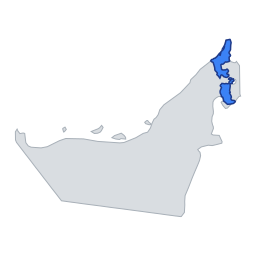 where Ras Al Khaymah sits in United Arab Emirates
{"feature_id": "ARE-338", "entity_name": "Ras Al Khaymah", "entity_type": "Emirate", "adm_level": 1, "iso_a3": "ARE", "parent_name": "United Arab Emirates", "parent_adm1": "", "projection": "mercator", "projection_center": [56.062, 25.448], "detail": "fine", "context": "in_parent", "style": "filled", "palette": "blue", "viewbox_px": 256, "rotation_deg": 0, "n_neighbors": 0, "source": "natural_earth", "source_scale": "10m", "svg_char_len": 5196}
<svg xmlns="http://www.w3.org/2000/svg" viewBox="0 0 256 256"><path d="M236.4,61.4L239.5,65.6L239.9,94.1L240.6,96.1L239.0,96.5L237.2,98.6L235.0,101.9L232.1,103.7L229.7,105.6L227.5,108.0L225.5,108.5L222.9,105.5L221.1,102.3L221.6,101.7L222.8,101.4L223.3,99.8L222.5,97.5L220.8,96.6L218.6,96.5L216.5,97.6L214.2,99.6L213.0,101.9L212.8,106.3L213.4,111.4L213.3,113.8L212.1,116.8L211.7,121.3L212.5,124.7L213.3,126.8L213.4,128.5L211.3,134.0L213.1,135.0L219.2,135.4L220.9,139.1L222.1,141.7L221.8,143.2L217.6,144.3L212.2,145.6L208.3,145.2L201.4,146.9L197.7,149.5L198.8,151.1L200.0,152.3L200.6,155.7L199.5,160.5L197.6,165.2L195.1,171.0L192.3,177.7L188.4,187.8L185.1,195.6L184.7,201.3L184.8,205.0L184.4,212.4L181.3,216.5L180.6,216.6L176.9,216.1L175.7,216.0L172.1,215.5L166.6,214.8L159.5,213.8L151.1,212.7L141.6,211.4L131.6,210.1L121.2,208.7L110.8,207.4L100.7,206.0L91.3,204.8L82.8,203.7L75.7,202.7L70.2,202.0L66.7,201.5L65.4,201.3L61.5,200.8L59.4,198.1L56.8,194.7L54.2,191.4L51.6,188.1L49.1,184.8L46.5,181.4L43.9,178.1L41.4,174.8L38.8,171.4L36.2,168.1L33.6,164.7L31.1,161.4L28.5,158.0L25.9,154.7L23.4,151.4L20.8,148.0L18.2,144.6L16.5,142.4L15.5,139.9L15.4,133.2L15.4,131.8L17.1,129.1L17.9,131.0L19.9,133.6L23.1,133.0L24.7,133.4L25.8,142.6L28.2,145.9L31.1,147.2L41.1,147.9L47.3,146.7L59.4,140.7L65.8,138.5L83.5,138.9L97.7,141.4L119.8,142.9L124.0,142.5L135.9,137.7L143.2,133.4L147.6,132.2L150.4,128.1L152.3,122.7L154.0,119.2L156.2,117.5L158.2,114.6L159.8,109.7L163.9,104.8L180.3,92.9L189.9,82.8L190.8,79.6L196.0,74.7L200.2,69.3L219.8,54.0L223.7,47.7L226.0,40.5L226.3,40.0L228.0,39.7L230.3,40.8L230.6,46.1L229.7,51.2L229.6,56.5L229.3,59.4L231.1,61.7L234.2,62.7L235.5,62.6L236.4,61.4ZM235.7,82.9L236.0,80.7L235.5,79.5L233.5,79.4L232.6,81.3L232.3,84.1L233.7,84.3L235.7,82.9ZM125.6,137.4L125.7,139.1L120.9,138.6L119.6,139.5L115.7,139.0L111.9,137.7L114.5,135.6L121.3,133.2L124.1,135.4L125.6,137.4ZM97.8,133.2L94.4,133.5L91.2,131.5L97.8,128.9L99.6,127.8L101.6,125.4L103.1,127.4L101.4,130.7L100.2,132.1L97.8,133.2ZM150.8,123.7L150.4,124.7L149.0,124.7L145.7,123.7L144.7,122.3L146.7,120.6L147.6,120.5L149.0,122.3L150.8,123.7ZM64.4,131.7L63.6,132.0L62.8,129.3L62.8,128.4L65.0,127.1L66.3,129.4L64.4,131.7Z" fill="#d9dde1" stroke="#a8b0b8" stroke-width="1"/><path d="M229.6,39.4L230.1,39.5L230.8,41.5L231.1,42.5L231.0,43.5L230.7,45.0L230.5,49.7L230.2,50.4L229.3,51.7L229.0,52.5L229.2,53.4L230.3,54.8L230.5,55.5L230.2,56.2L229.6,56.6L229.1,57.2L229.1,58.1L229.3,60.4L229.6,61.0L229.0,61.5L227.1,62.0L226.4,62.1L226.0,62.0L225.7,61.9L225.5,62.0L225.2,62.1L224.7,62.6L223.5,63.8L223.0,64.1L222.6,64.2L222.3,64.2L222.0,64.2L221.5,64.2L221.1,64.5L220.9,64.9L220.9,65.3L221.1,66.3L221.1,66.7L221.5,68.4L221.6,69.3L221.7,69.5L221.8,69.6L222.0,69.7L222.4,69.8L222.6,69.8L222.9,70.0L223.0,70.0L224.5,69.9L225.5,69.9L225.8,69.8L226.0,69.7L226.7,69.2L226.8,69.2L227.0,69.1L227.3,69.2L227.6,69.4L228.2,70.3L228.4,70.6L228.5,71.0L228.4,71.5L228.1,71.9L227.0,73.2L226.8,73.4L226.8,73.5L227.0,73.8L227.1,74.1L227.3,74.3L227.6,74.4L227.9,74.4L228.3,74.3L228.6,74.4L228.8,74.8L228.9,75.8L228.7,76.2L228.5,76.4L228.3,76.4L228.0,76.5L227.7,76.9L227.4,77.1L227.0,77.3L226.6,77.4L226.1,77.4L223.8,76.7L223.5,76.5L223.3,76.2L223.1,75.9L222.9,75.7L222.6,75.4L221.6,74.9L221.3,75.0L220.9,75.2L220.7,75.7L220.5,76.9L219.9,78.2L219.1,77.1L218.2,75.9L216.9,74.7L216.9,74.3L217.0,73.9L217.3,73.5L217.3,73.0L217.0,72.5L215.2,70.6L214.9,70.0L214.8,69.5L214.8,69.3L214.8,68.8L214.7,68.0L214.5,66.9L213.2,62.7L213.0,62.3L212.6,62.1L212.2,62.0L211.8,61.9L210.7,60.9L211.3,59.9L211.8,59.5L212.2,59.5L212.8,59.3L213.3,59.0L213.5,58.7L213.8,58.5L215.1,58.2L216.8,56.8L219.3,53.5L220.6,52.4L220.3,52.9L220.0,54.0L219.6,54.9L219.8,55.2L220.1,55.3L220.3,55.1L220.4,54.3L220.8,52.9L220.9,51.9L221.2,51.5L223.2,49.6L223.6,49.0L223.9,48.4L224.2,47.7L224.4,46.7L224.1,46.7L223.9,47.2L223.7,47.6L223.3,47.9L222.9,48.1L224.1,46.1L225.1,43.9L225.9,40.6L226.1,40.1L227.2,40.0L229.6,39.4ZM233.4,78.9L233.5,79.8L233.7,80.3L234.0,80.7L233.5,81.3L232.2,81.9L232.1,83.2L232.2,83.4L231.6,83.6L230.3,83.7L230.0,83.9L230.0,84.3L230.2,85.4L230.2,85.9L230.2,86.5L229.7,89.8L229.6,90.4L229.7,90.9L229.8,91.3L230.0,91.6L230.2,92.3L229.6,92.6L229.6,92.9L229.6,93.2L230.5,94.7L231.2,96.2L231.3,96.8L231.4,97.2L231.2,97.5L231.0,98.0L231.0,99.1L231.2,99.6L231.6,100.0L232.0,100.2L234.3,100.5L235.1,101.1L235.3,101.7L233.8,103.2L233.0,103.6L231.2,103.8L230.5,104.1L227.4,104.3L224.9,102.0L223.7,101.1L223.3,98.9L222.8,97.3L221.5,96.5L221.4,96.5L221.4,96.0L221.1,94.9L220.3,93.3L220.2,92.8L220.1,92.0L220.1,91.4L220.2,90.7L221.2,88.2L221.5,87.8L221.5,87.6L221.3,87.2L221.1,86.8L220.5,86.2L220.3,85.9L220.3,85.7L220.3,85.4L220.7,84.7L221.4,84.2L221.9,83.4L223.6,83.6L224.3,83.8L224.9,83.8L225.3,83.7L225.7,83.5L226.2,83.5L227.6,83.8L228.1,83.7L228.4,83.6L228.5,83.4L228.6,83.2L228.9,83.0L229.0,82.9L229.1,82.7L229.1,82.4L229.1,82.1L229.1,81.8L229.3,81.4L230.1,80.9L230.4,80.6L230.7,80.3L230.9,79.9L230.9,79.7L230.2,79.8L230.0,79.7L229.9,79.7L229.7,79.6L229.4,79.3L229.2,79.2L228.6,79.2L228.6,78.8L229.2,78.2L229.6,77.9L229.9,77.8L230.1,77.8L231.6,78.2L231.8,78.3L231.8,78.5L231.7,78.7L231.7,78.9L231.7,79.0L232.1,79.2L233.4,78.9Z" fill="#3b82f6" stroke="#1e3a8a" stroke-width="1.5"/></svg>